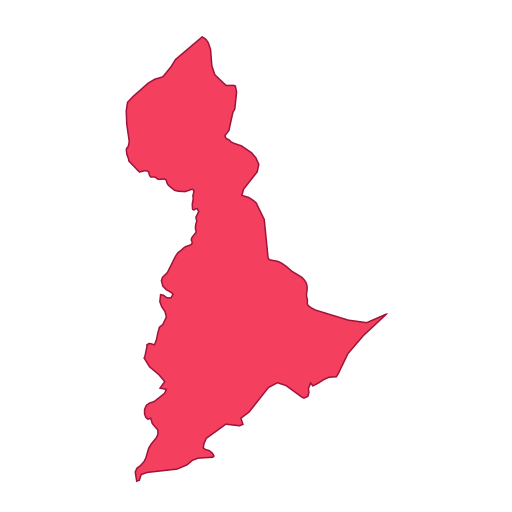 outline of Cortés, rotated 178°
{"feature_id": "HND-647", "entity_name": "Cortés", "entity_type": "Department", "adm_level": 1, "iso_a3": "HND", "parent_name": "Honduras", "parent_adm1": "", "projection": "robinson", "projection_center": [-87.947, 15.362], "detail": "fine", "context": "isolated", "style": "filled", "palette": "rose", "viewbox_px": 512, "rotation_deg": 178, "n_neighbors": 0, "source": "natural_earth", "source_scale": "10m", "svg_char_len": 2681}
<svg xmlns="http://www.w3.org/2000/svg" viewBox="0 0 512 512"><g transform="rotate(178 256 256)"><path d="M205.8,127.1L208.2,121.8L207.9,117.5L209.0,114.0L213.0,112.3L215.0,113.3L230.7,125.6L239.1,128.6L248.2,124.1L268.3,100.4L276.8,94.4L274.9,88.2L278.4,86.9L292.0,89.0L312.1,75.5L314.6,70.1L315.4,66.2L313.4,64.4L309.6,63.2L306.4,60.4L305.0,57.6L306.2,56.4L320.8,56.0L326.6,54.1L332.3,49.6L342.5,45.8L372.2,43.5L378.4,41.6L380.4,36.0L383.1,35.1L384.2,44.4L382.3,48.2L378.9,50.5L375.1,54.4L373.1,58.1L370.0,67.6L367.4,71.6L362.0,77.8L360.2,81.4L360.2,85.5L365.5,92.2L366.9,97.5L369.6,96.6L371.8,98.6L372.9,102.2L372.7,106.7L370.7,110.7L367.6,112.7L362.7,114.2L352.2,121.9L350.3,125.8L356.5,127.3L351.6,133.7L357.2,140.8L366.2,148.9L371.4,158.0L370.6,159.3L368.1,169.4L368.3,170.8L366.1,172.3L363.6,171.9L361.6,171.1L360.5,170.8L358.3,176.2L356.8,182.6L355.0,188.2L351.5,190.8L347.7,198.2L348.9,203.7L352.0,208.6L353.7,213.7L352.7,220.7L350.0,220.1L346.3,217.2L342.4,217.2L340.2,220.7L342.5,222.9L346.8,225.4L350.2,229.2L351.4,234.7L350.2,237.9L345.1,242.6L336.6,258.3L334.2,261.7L332.9,262.8L331.3,263.8L328.1,266.5L326.1,267.8L321.5,269.2L319.9,270.1L319.3,271.4L319.5,272.6L320.0,273.9L320.0,275.3L319.1,277.1L314.9,282.0L315.5,284.7L315.5,287.4L315.0,290.1L314.0,292.6L314.7,296.8L311.7,302.5L313.2,305.4L314.6,305.2L316.6,304.2L317.5,304.7L317.8,305.2L317.9,310.0L316.7,315.6L317.0,318.3L315.9,322.2L315.9,323.8L317.5,325.0L324.6,322.8L331.2,323.4L335.0,324.4L340.1,328.8L341.6,330.5L342.5,332.3L342.8,333.9L343.7,335.8L345.7,336.1L350.8,336.0L352.3,336.8L353.4,338.0L354.6,338.5L358.5,338.6L359.6,340.3L360.5,344.1L362.4,344.9L364.2,345.1L369.6,344.0L379.7,355.3L380.1,357.9L381.5,361.9L381.8,365.1L381.9,367.0L381.3,368.5L380.1,369.5L379.2,372.4L378.7,375.0L380.6,392.7L380.6,405.7L379.0,414.1L373.2,419.8L357.5,432.7L351.0,436.2L343.3,438.2L342.0,439.3L334.4,448.0L329.5,455.3L302.1,476.9L298.4,474.2L296.1,470.4L294.2,463.9L293.5,447.6L290.8,438.5L280.0,427.5L272.4,427.3L270.7,426.6L269.7,420.2L272.1,403.6L274.1,400.3L278.7,382.4L283.0,377.2L281.6,374.3L279.2,373.3L276.8,370.8L274.4,369.5L266.7,366.6L256.8,359.3L252.7,354.1L250.0,347.5L251.9,340.0L266.1,323.2L268.0,317.1L261.1,314.7L256.6,311.5L254.0,309.1L246.5,292.2L244.0,253.8L242.9,251.8L234.4,249.9L230.9,248.1L226.2,244.6L221.0,239.7L210.8,233.0L208.5,230.3L207.0,227.8L206.3,225.6L206.0,223.3L206.1,220.5L206.9,215.8L206.8,213.7L206.1,210.0L206.4,206.8L206.0,205.2L203.7,203.0L198.8,200.0L166.1,188.7L147.7,185.5L128.0,193.3L127.8,193.3L151.4,172.8L167.5,155.3L178.0,135.4L179.9,132.5L187.2,132.3L192.7,130.1L197.8,127.0L203.7,124.2L205.8,127.1Z" fill="#f43f5e" stroke="#9f1239" stroke-width="1.5"/></g></svg>